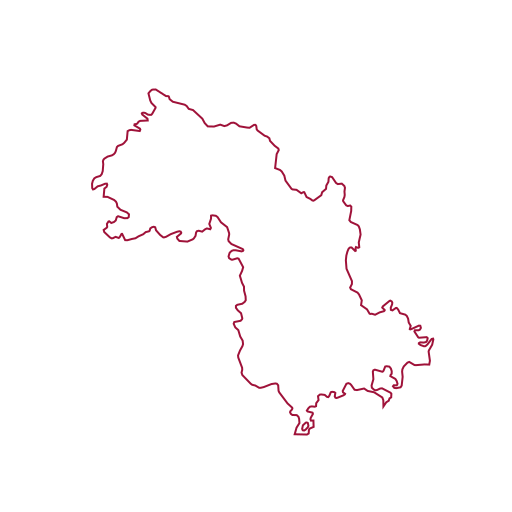 outline of Mordovia, rotated 236°
{"feature_id": "RUS-2372", "entity_name": "Mordovia", "entity_type": "Republic", "adm_level": 1, "iso_a3": "RUS", "parent_name": "Russia", "parent_adm1": "", "projection": "albers", "projection_center": [44.161, 54.419], "detail": "fine", "context": "isolated", "style": "outline", "palette": "rose", "viewbox_px": 512, "rotation_deg": 236, "n_neighbors": 0, "source": "natural_earth", "source_scale": "10m", "svg_char_len": 6039}
<svg xmlns="http://www.w3.org/2000/svg" viewBox="0 0 512 512"><g transform="rotate(236 256 256)"><path d="M166.5,319.9L160.1,318.9L156.5,315.6L149.7,318.2L144.7,317.9L144.0,318.4L143.4,319.7L140.7,321.9L140.1,327.0L138.7,331.2L138.9,332.2L139.3,332.5L142.6,331.8L143.3,332.9L144.1,341.6L143.9,342.4L142.4,343.1L141.1,342.9L139.8,341.8L137.8,338.8L135.9,337.7L134.6,338.7L134.7,342.9L134.3,343.6L132.1,343.9L128.1,343.4L124.0,346.9L122.1,347.5L119.1,347.1L115.4,345.4L111.6,345.2L109.4,342.6L108.9,342.8L108.5,344.1L107.2,352.1L106.3,353.2L104.2,352.5L103.3,350.8L103.5,349.3L105.6,346.2L104.8,345.1L97.9,345.0L97.1,345.4L93.3,352.1L91.9,352.4L90.1,350.5L89.6,348.8L90.4,346.7L92.6,343.8L92.7,342.3L92.2,341.9L90.2,342.6L87.2,344.8L86.5,346.1L86.8,348.6L89.0,355.2L88.5,356.6L87.7,356.4L83.9,352.4L81.1,346.6L80.3,345.7L71.9,341.6L69.1,338.9L71.8,335.2L76.1,327.5L77.0,326.4L82.5,323.8L82.9,321.9L81.8,316.7L80.2,314.0L78.5,312.5L73.8,310.0L67.1,304.3L66.3,302.4L68.0,298.4L69.3,296.9L71.4,296.7L71.8,297.9L70.1,300.3L70.3,301.0L71.0,301.9L73.6,302.7L76.1,302.8L81.3,300.2L82.1,301.1L82.5,302.6L84.6,304.1L87.3,304.9L89.7,304.7L91.6,302.6L92.1,301.3L89.6,297.6L89.3,296.7L89.4,296.0L95.3,291.0L95.6,289.4L94.8,288.2L88.2,284.4L84.0,279.4L82.0,278.4L79.0,279.1L77.8,280.0L77.2,281.5L76.7,284.8L75.8,286.5L67.4,291.1L66.1,291.2L63.2,289.0L63.3,287.1L61.8,285.1L61.9,282.2L60.0,277.5L65.2,280.9L68.1,281.6L77.0,277.7L81.7,273.1L85.7,271.5L88.4,264.7L90.0,262.9L95.9,262.8L97.5,262.5L99.0,261.4L99.5,259.5L95.6,252.4L94.3,251.9L91.9,252.8L91.6,252.3L91.6,250.6L92.9,244.4L93.4,243.1L94.2,242.6L95.6,242.8L98.1,245.2L99.2,244.9L100.5,243.6L101.2,242.3L101.1,241.6L99.1,238.6L98.6,237.0L99.5,236.1L102.4,235.3L104.7,232.7L105.4,231.4L105.1,229.0L101.6,227.3L100.3,223.6L97.9,221.8L98.2,220.4L100.1,218.2L100.9,216.4L100.5,214.3L99.4,211.7L98.3,211.8L94.6,215.2L93.9,215.2L93.2,214.8L91.3,211.0L90.3,209.9L88.8,209.5L87.5,211.6L82.1,208.2L82.9,204.0L82.2,202.6L79.4,200.4L79.5,198.4L86.6,188.4L91.0,193.6L93.2,198.6L96.9,200.7L99.0,201.3L101.3,200.8L103.9,197.2L105.7,196.6L107.5,196.9L108.1,197.7L108.5,199.6L109.1,200.8L110.0,201.2L116.2,199.7L129.9,199.0L131.6,199.3L136.4,202.1L138.4,201.9L139.5,200.8L141.2,197.2L143.0,189.1L144.1,186.2L145.0,184.9L149.0,183.0L151.4,180.8L153.1,180.2L164.9,178.1L167.4,178.8L169.3,180.9L171.1,182.0L181.7,184.5L183.6,185.5L186.6,189.9L188.9,194.4L190.2,196.0L193.3,197.6L198.1,197.9L204.5,199.9L208.4,198.9L212.3,199.6L213.4,201.1L210.9,207.0L211.4,209.1L212.0,209.8L216.9,211.6L221.2,210.5L224.3,210.4L225.9,211.5L226.0,213.2L224.1,217.9L224.3,221.0L225.1,222.8L228.4,224.8L233.9,226.7L237.3,228.9L241.6,229.4L248.7,231.6L251.4,236.1L253.9,239.1L263.5,240.1L264.6,239.2L266.1,234.4L266.7,233.6L269.2,232.5L271.0,233.0L273.3,235.8L273.7,237.3L273.8,239.1L273.3,240.7L272.0,242.5L267.9,246.6L267.5,248.0L267.9,248.8L269.1,248.9L279.7,242.3L283.6,241.6L285.4,242.3L288.7,245.7L290.0,246.5L296.1,248.2L303.5,245.8L309.8,245.9L311.8,245.2L314.1,242.6L314.6,241.3L312.1,239.6L308.7,235.2L304.5,234.3L303.8,233.0L306.3,230.7L306.6,228.9L306.3,225.0L309.0,222.6L309.6,220.9L309.0,219.5L306.5,217.1L305.3,214.2L305.2,212.8L306.3,207.2L311.3,200.9L314.4,200.5L316.1,201.1L316.6,206.4L317.0,207.0L318.3,207.2L319.4,206.3L320.3,203.9L321.8,197.5L322.2,192.2L322.9,190.0L323.4,189.5L327.1,188.3L333.2,187.5L336.2,188.5L337.4,187.6L338.0,185.9L338.0,183.8L336.4,181.9L336.3,181.1L337.5,177.9L337.1,174.7L338.0,169.6L338.1,166.0L339.5,162.7L341.0,158.2L342.3,156.4L349.2,157.4L349.5,156.9L347.9,153.6L347.7,152.3L350.4,150.3L350.8,147.3L351.3,146.2L353.1,145.3L360.7,143.6L362.8,144.3L362.9,148.0L363.3,148.9L366.0,150.4L367.1,153.0L366.9,153.7L364.3,154.5L363.6,157.3L363.9,159.6L366.1,162.3L366.1,163.9L361.0,167.9L359.3,170.6L359.4,172.2L361.6,174.0L364.4,173.3L370.1,169.5L374.4,168.6L377.3,170.0L379.4,170.3L381.8,169.7L388.0,166.0L390.3,162.8L396.7,168.0L396.9,170.8L398.2,172.5L399.4,172.8L400.3,171.3L401.2,166.8L402.3,163.7L401.9,159.5L402.3,158.1L403.9,158.2L407.6,160.5L409.6,162.8L410.8,165.4L410.7,167.7L409.5,171.6L410.1,173.8L412.1,176.4L417.5,180.7L420.2,182.1L421.2,183.5L421.5,184.8L421.4,188.6L420.0,192.8L419.9,195.0L420.4,196.9L421.5,198.6L424.1,201.6L424.4,203.2L423.3,207.8L423.5,210.0L424.7,214.0L431.3,219.4L431.1,221.4L430.4,223.0L424.6,229.5L425.5,230.8L426.5,231.0L432.3,228.2L433.1,229.0L432.3,230.7L432.2,231.7L433.0,233.7L432.8,235.5L428.9,242.0L430.5,242.8L436.9,240.8L438.1,241.1L438.2,241.9L437.5,243.2L436.4,244.2L433.7,245.4L432.3,247.0L431.6,248.2L432.0,249.6L435.0,255.6L435.6,256.0L441.3,254.9L444.1,255.3L451.0,257.8L451.8,260.6L452.0,262.6L451.6,263.7L450.1,266.0L438.9,270.8L437.7,272.5L437.0,272.9L434.3,272.1L430.4,273.3L421.3,281.5L419.1,282.4L415.6,282.5L412.2,285.4L399.8,288.3L394.9,287.8L390.4,288.5L386.8,293.6L384.9,299.8L381.4,302.4L380.5,305.0L380.3,309.8L379.0,312.1L376.9,313.5L372.8,314.8L367.4,320.5L365.9,322.4L365.8,327.7L365.0,328.9L363.6,328.9L360.6,327.4L359.1,327.5L350.9,330.4L348.8,332.0L346.1,332.9L343.6,332.0L337.0,333.1L332.6,334.6L331.1,334.1L328.9,330.1L318.2,321.0L313.9,324.0L311.7,324.6L306.8,324.4L302.0,322.6L291.8,323.0L290.8,323.5L288.2,326.6L282.7,328.6L282.4,331.1L281.9,331.7L276.6,330.9L272.9,333.0L270.7,333.7L269.8,334.4L269.6,335.5L269.9,344.1L271.9,346.5L272.5,351.6L275.1,353.7L277.0,357.5L279.9,359.8L280.5,361.1L280.5,361.9L278.8,363.2L271.8,363.2L269.9,364.0L268.0,367.6L264.7,368.4L262.8,367.9L260.0,365.4L257.0,363.7L255.5,362.3L253.5,359.3L252.6,358.9L247.6,359.1L246.1,360.0L245.2,362.3L243.6,362.6L240.1,360.1L233.5,353.4L231.2,353.6L224.9,357.5L223.1,357.8L220.0,357.0L215.3,354.7L209.8,348.8L205.5,346.5L205.5,345.7L205.8,345.1L207.5,343.9L206.7,342.8L204.6,341.7L204.7,341.0L209.6,340.0L210.4,338.9L210.5,338.1L210.1,336.6L208.5,334.2L205.9,331.2L202.2,328.1L194.8,323.9L181.5,321.5L179.1,319.8L177.2,316.4L175.4,316.1L168.9,319.7L166.5,319.9ZM88.6,205.6L89.6,205.0L90.0,204.1L89.4,200.2L86.9,197.6L85.4,197.3L84.4,198.3L84.3,199.9L85.0,203.1L85.9,204.5L88.6,205.6Z" fill="none" stroke="#9f1239" stroke-width="2"/></g></svg>